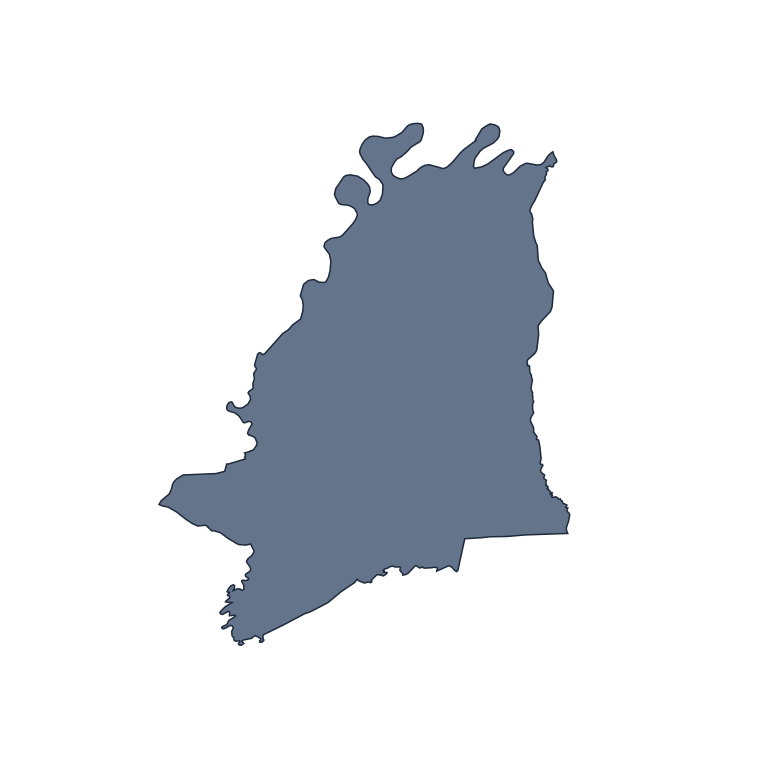 outline of Puerto Tejada, Cauca, Colombia, rotated 60°
{"feature_id": "7082276B86469624898936", "entity_name": "Puerto Tejada", "entity_type": "district", "adm_level": 2, "iso_a3": "COL", "parent_name": "Colombia", "parent_adm1": "Cauca", "projection": "equal_earth", "projection_center": [-76.412, 3.266], "detail": "fine", "context": "isolated", "style": "filled", "palette": "slate", "viewbox_px": 768, "rotation_deg": 60, "n_neighbors": 0, "source": "geoboundaries", "source_scale": "gbopen_adm2", "svg_char_len": 6170}
<svg xmlns="http://www.w3.org/2000/svg" viewBox="0 0 768 768"><g transform="rotate(60 384 384)"><path d="M391.0,627.7L402.2,623.2L409.3,619.6L413.9,616.3L417.0,609.3L419.6,607.7L419.8,608.2L425.1,606.6L426.2,604.5L431.2,599.9L440.2,596.0L449.3,590.9L450.8,589.6L454.4,584.2L455.9,579.6L463.3,579.9L464.5,580.8L466.3,583.9L467.3,589.1L468.5,591.5L470.0,592.0L476.0,591.5L477.9,592.2L479.1,593.9L479.5,598.6L480.2,599.7L481.5,600.0L484.7,598.5L485.5,599.1L485.2,601.9L483.2,604.5L483.2,605.5L484.2,606.0L487.8,606.0L491.6,607.9L491.9,609.3L491.7,610.2L489.7,611.0L488.2,612.9L487.5,618.0L485.9,615.4L483.8,614.2L482.5,614.9L482.2,617.5L483.6,621.2L485.4,623.7L486.2,623.4L487.2,621.9L487.7,622.2L488.0,624.2L488.6,625.2L489.3,625.1L490.5,623.8L492.0,624.3L492.8,629.0L493.5,630.2L497.3,625.0L497.5,632.8L499.0,638.7L499.9,640.4L501.3,640.5L502.8,639.1L503.1,632.9L503.6,631.9L504.4,631.8L507.4,633.8L509.3,629.4L510.3,628.4L510.9,629.2L511.1,636.5L513.7,640.5L513.3,645.5L513.8,646.4L514.9,646.4L515.8,645.4L516.2,643.3L516.2,637.8L518.0,636.2L520.1,636.6L522.1,639.6L526.1,641.5L528.7,641.1L531.2,642.0L533.0,640.6L533.7,637.7L534.4,637.3L535.3,638.1L535.7,639.6L536.3,640.1L538.0,639.6L538.9,638.2L538.6,635.1L535.7,635.7L535.3,634.1L538.1,625.8L537.3,622.0L539.4,619.9L543.0,618.2L544.0,618.6L544.4,620.3L545.1,620.8L545.8,620.4L546.6,618.3L545.9,616.2L542.3,615.4L541.5,614.7L540.9,613.0L542.4,591.3L543.3,566.7L543.9,564.9L544.5,560.4L545.3,541.7L542.4,525.1L541.3,508.9L539.7,504.7L541.8,504.3L546.5,500.6L547.8,496.4L549.5,494.7L548.8,493.2L548.0,493.5L547.3,492.0L545.6,485.2L547.9,482.5L547.9,481.7L549.5,481.1L549.9,480.2L549.7,477.3L549.4,476.2L548.7,475.6L546.9,478.4L546.1,477.3L545.0,478.0L544.6,475.6L545.2,473.4L545.2,469.9L546.4,467.1L548.0,466.0L550.2,462.0L551.1,461.4L553.1,463.4L557.9,462.6L559.0,463.2L559.9,460.3L560.0,457.9L557.1,448.0L557.3,447.2L561.3,445.0L561.7,442.3L563.5,441.4L567.2,434.1L567.4,432.8L569.5,430.0L570.2,429.7L572.4,431.9L573.8,418.7L576.7,416.8L581.0,416.0L582.8,414.9L582.1,414.3L582.5,413.4L558.4,391.4L565.9,376.4L569.3,368.6L577.6,353.6L585.3,337.2L605.3,299.6L602.0,299.1L599.8,298.1L595.0,292.7L590.4,288.7L589.0,288.3L585.8,289.0L584.6,288.5L583.3,286.8L581.8,288.3L580.4,286.1L576.3,288.8L574.6,288.1L573.4,288.9L571.6,288.8L570.9,290.6L569.6,290.4L567.5,291.7L566.7,294.4L565.8,295.3L564.3,293.6L563.1,295.1L562.4,292.6L561.9,292.8L561.3,294.5L559.7,293.7L558.2,294.5L557.2,294.1L556.3,295.2L555.3,293.4L554.0,293.6L552.8,294.6L552.0,293.5L550.4,293.3L548.6,291.5L545.6,292.9L543.1,290.4L539.5,291.9L537.7,292.0L536.2,290.8L534.0,287.1L532.8,287.1L531.7,288.5L530.7,288.4L527.1,285.2L515.7,280.1L509.8,278.2L508.2,279.7L506.1,277.8L500.6,278.4L496.6,276.3L488.8,275.6L486.5,273.5L483.7,268.8L482.7,268.3L481.4,268.5L476.2,265.7L474.0,263.1L471.6,262.9L469.2,261.3L467.7,261.1L465.8,259.6L463.0,259.5L460.6,258.4L454.6,253.4L451.3,252.7L449.9,251.9L447.0,251.9L441.1,249.0L439.6,250.6L438.5,249.6L436.5,249.2L434.8,247.4L433.2,239.1L432.2,236.6L430.8,234.6L418.4,225.3L410.7,221.6L408.3,216.4L404.4,203.5L401.3,199.9L388.2,190.7L378.6,191.2L368.5,188.6L362.2,189.3L353.9,188.5L340.8,182.1L336.5,181.7L330.2,180.1L318.1,174.6L315.4,172.6L310.5,171.1L307.8,171.3L306.4,170.9L303.0,166.3L300.8,162.1L289.2,145.5L287.8,142.1L285.4,141.3L283.3,138.1L281.6,137.6L281.2,135.3L280.8,134.9L279.5,134.8L277.6,135.6L277.3,134.3L277.9,133.2L278.0,131.6L279.6,130.5L280.4,129.2L280.1,128.3L278.3,126.9L278.2,124.2L277.7,123.1L276.0,122.5L271.0,122.5L267.3,121.6L267.6,124.8L268.6,128.3L271.8,134.3L272.4,137.3L272.0,139.7L270.9,142.0L264.4,149.6L263.7,151.3L263.5,157.6L265.8,166.5L265.6,171.3L265.1,172.2L263.9,173.1L261.2,174.0L259.1,174.0L256.9,172.9L249.2,156.4L247.3,155.5L245.0,156.4L244.3,157.3L243.7,159.8L243.3,165.0L245.4,184.5L244.7,191.3L242.4,197.7L240.4,197.7L235.7,194.2L233.9,192.0L230.3,184.2L229.6,180.0L230.0,168.9L228.6,163.2L227.0,160.4L222.5,157.0L218.6,156.3L215.5,158.1L211.8,162.0L211.6,166.0L212.0,171.7L217.8,182.2L218.4,182.9L219.1,182.6L220.8,197.5L221.9,202.0L226.3,214.2L227.7,221.5L227.1,225.0L216.8,235.1L215.1,239.1L214.8,243.2L215.1,245.9L216.0,249.0L216.3,260.3L216.0,264.2L214.7,267.1L211.9,269.6L208.2,271.7L206.7,271.9L203.7,271.6L200.4,269.4L197.2,264.3L195.6,260.3L195.8,255.7L194.3,248.1L192.3,241.7L192.1,231.9L191.3,229.8L186.8,225.0L184.7,223.4L181.9,222.0L178.4,221.5L177.3,221.8L175.3,224.2L173.4,227.9L172.3,231.6L172.2,234.5L175.1,242.6L175.3,249.7L174.9,252.9L171.9,259.7L166.5,265.5L163.8,269.6L162.7,273.1L163.2,278.0L165.2,282.7L168.0,286.6L170.4,288.9L172.9,289.7L179.2,289.9L184.3,289.0L194.8,288.4L200.4,287.8L204.5,285.7L210.5,285.3L212.4,286.1L218.9,290.5L222.9,295.5L223.8,299.4L223.5,303.7L221.2,307.3L219.9,307.5L217.9,306.9L215.3,305.2L210.5,299.7L206.0,298.0L202.4,298.2L197.3,299.5L190.8,302.9L185.8,308.9L184.3,313.1L184.5,315.4L190.6,328.0L194.8,331.9L197.3,332.6L205.0,332.9L207.2,331.4L210.5,326.6L213.0,324.1L217.3,321.8L222.7,321.9L224.7,322.9L227.4,326.4L229.5,330.8L234.4,345.5L234.5,349.1L231.5,357.1L231.4,360.7L232.0,364.2L234.4,366.9L235.7,367.4L244.4,366.4L251.4,368.8L258.8,374.0L263.6,378.6L266.2,382.8L266.4,384.7L263.4,389.3L258.8,392.2L258.0,393.6L256.8,396.9L256.7,399.3L257.5,403.8L265.8,412.4L270.3,412.6L275.6,414.7L280.3,417.9L286.0,423.7L287.1,433.4L289.3,440.0L289.6,446.4L298.1,472.0L297.9,474.6L295.4,475.2L294.6,476.1L294.8,478.3L302.6,486.4L303.6,486.9L307.2,486.8L309.7,491.6L314.9,493.8L318.1,497.4L322.4,499.5L323.0,505.1L323.8,506.2L327.8,506.1L330.6,507.3L333.4,512.0L333.8,517.9L333.2,520.4L331.8,522.6L329.8,524.2L327.9,524.8L324.0,524.6L323.0,525.3L322.6,527.8L324.0,530.6L326.6,532.6L328.5,532.6L330.1,531.7L334.0,528.0L336.9,526.5L339.8,525.5L347.1,525.1L348.0,524.0L348.7,519.7L350.9,517.9L352.8,518.6L356.1,524.2L358.4,526.8L360.5,526.7L363.4,524.0L366.2,522.6L371.6,523.3L373.5,525.3L375.8,530.1L375.1,533.3L375.5,533.4L374.0,539.2L374.6,539.0L377.5,540.4L377.7,541.4L379.6,541.5L375.4,559.0L374.6,560.3L380.0,565.7L377.5,574.4L362.3,603.5L362.6,611.3L363.8,615.2L365.6,617.8L368.2,620.0L371.8,624.9L373.7,635.4L375.9,639.1L379.3,636.4L382.8,632.4L391.0,627.7Z" fill="#64748b" stroke="#1e293b" stroke-width="1.5"/></g></svg>